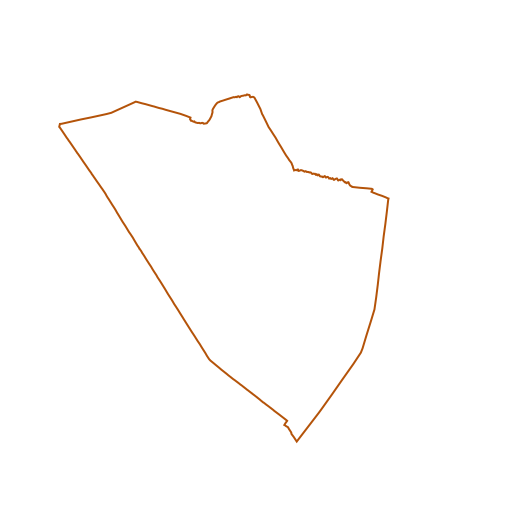 outline of Tinh Bien, An Giang, Vietnam, rotated 161°
{"feature_id": "81297802B35428568609668", "entity_name": "Tinh Bien", "entity_type": "district", "adm_level": 2, "iso_a3": "VNM", "parent_name": "Vietnam", "parent_adm1": "An Giang", "projection": "natural_earth1", "projection_center": [105.002, 10.557], "detail": "fine", "context": "isolated", "style": "outline", "palette": "amber", "viewbox_px": 512, "rotation_deg": 161, "n_neighbors": 0, "source": "geoboundaries", "source_scale": "gbopen_adm2", "svg_char_len": 5959}
<svg xmlns="http://www.w3.org/2000/svg" viewBox="0 0 512 512"><g transform="rotate(161 256 256)"><path d="M277.9,67.3L247.8,87.2L244.2,89.7L229.2,100.4L214.4,111.2L199.1,122.2L188.3,130.5L185.3,134.0L177.4,145.0L169.3,156.0L167.4,158.6L161.4,166.9L155.8,177.8L150.3,189.0L145.0,200.2L139.6,211.2L134.1,222.1L128.8,233.2L123.3,244.1L118.0,255.0L112.8,265.9L112.0,267.2L112.7,267.7L114.2,269.2L117.2,271.8L120.6,274.4L123.6,277.0L124.2,277.4L125.9,279.1L125.4,279.6L124.9,280.0L124.0,281.0L124.6,281.8L128.9,283.8L135.6,286.7L139.0,288.3L142.6,290.0L142.8,290.6L143.3,291.0L143.6,291.4L143.8,291.7L144.1,292.1L144.2,292.5L144.5,294.0L144.5,294.8L144.5,295.4L144.6,295.7L144.8,295.8L145.1,295.8L145.7,295.6L146.5,295.4L146.8,295.4L147.0,295.7L147.1,296.0L147.2,296.6L147.3,296.7L147.5,296.8L147.8,296.8L148.0,296.8L149.4,299.7L149.6,300.3L149.8,300.6L150.0,300.6L150.6,300.5L151.1,300.3L151.2,300.8L151.8,300.8L153.0,300.7L153.5,300.6L153.8,300.8L153.9,301.3L154.0,302.1L154.1,302.6L154.3,303.0L155.8,303.0L156.6,302.8L157.0,302.6L157.5,302.6L157.7,302.8L157.9,303.2L158.0,303.8L158.2,304.4L158.3,304.6L158.9,304.5L159.5,304.4L159.8,304.4L160.0,304.6L160.4,305.4L161.6,305.4L161.7,305.8L161.8,306.3L162.2,307.2L162.6,307.5L163.2,307.6L163.7,307.4L164.0,307.4L164.3,307.4L164.5,307.7L164.9,309.1L165.1,309.2L165.4,309.1L166.2,308.9L166.7,308.7L167.0,308.7L167.2,308.8L167.3,309.0L167.4,309.3L167.5,309.5L168.2,309.7L168.3,309.8L168.5,310.0L169.0,310.3L169.3,310.3L169.5,310.5L169.7,310.9L169.8,311.4L169.9,312.1L170.0,312.4L170.1,312.5L170.4,312.6L171.3,312.2L171.5,312.2L171.7,312.4L171.8,312.6L171.9,313.1L171.9,313.4L172.0,313.5L172.3,313.3L172.7,313.2L172.9,313.2L173.0,313.4L173.2,313.7L173.4,314.5L173.6,314.6L173.9,314.6L174.2,314.7L174.9,315.2L176.0,315.2L176.2,315.4L176.5,315.8L176.6,316.3L176.7,316.7L176.9,317.0L177.2,317.3L177.5,317.4L177.9,317.5L178.4,317.6L178.5,317.7L178.6,317.8L178.7,318.1L178.8,318.2L179.0,318.3L179.3,318.4L179.7,318.7L180.3,318.8L180.6,319.0L180.8,319.1L180.9,319.3L181.0,319.5L181.4,320.0L181.9,320.0L182.8,320.0L183.0,320.4L183.2,320.7L183.4,321.0L183.7,321.1L184.4,321.8L185.4,322.5L185.7,322.6L185.9,322.6L186.6,322.5L187.7,322.5L188.1,322.6L188.3,322.8L188.1,323.3L188.1,323.9L188.1,324.1L188.3,324.2L189.0,324.2L189.3,324.0L189.6,324.0L190.0,324.0L190.3,324.2L190.6,324.4L191.2,324.6L191.6,324.6L191.8,324.7L192.1,324.6L192.2,327.1L192.0,329.3L192.2,330.9L192.1,331.9L192.3,332.7L192.5,333.5L193.2,335.4L193.5,336.4L193.7,337.5L193.9,338.2L194.8,341.2L195.7,345.3L196.8,350.8L197.6,354.3L198.1,356.7L199.0,361.6L200.0,365.5L201.2,370.5L202.1,373.8L202.6,378.2L203.2,383.0L203.7,386.9L204.0,388.1L204.0,391.0L204.0,393.6L204.4,396.3L205.0,400.8L205.9,406.1L206.1,406.5L206.5,407.0L206.9,407.4L207.5,407.6L208.0,407.7L209.2,407.8L209.5,407.8L209.7,408.0L209.9,408.4L209.9,409.0L209.7,409.4L209.7,410.1L210.0,410.5L210.8,410.9L211.2,411.0L211.6,411.5L212.0,411.7L212.4,411.6L212.7,411.4L213.1,411.2L213.4,411.2L213.8,411.4L214.2,411.6L215.0,411.7L215.9,411.7L216.7,411.9L217.6,412.0L218.3,412.0L219.5,411.5L219.8,411.5L220.0,411.8L220.1,412.3L220.5,412.7L220.8,412.8L221.4,412.8L222.2,412.5L222.4,412.4L222.7,412.6L222.8,412.9L223.0,413.0L224.1,413.0L224.8,413.1L225.5,413.5L239.9,413.8L240.6,413.6L242.0,413.6L242.8,413.4L243.9,412.8L245.3,411.9L247.1,410.5L248.9,409.0L249.7,408.1L250.0,407.3L250.2,406.3L250.5,405.8L251.0,405.0L251.3,404.7L251.6,404.2L252.3,403.2L252.6,402.7L255.2,400.3L256.2,399.5L257.0,399.1L258.5,398.1L259.2,397.6L259.7,397.6L261.4,397.9L261.9,398.0L262.3,398.1L262.5,398.2L262.7,398.7L262.8,398.9L262.9,399.1L263.1,399.2L263.3,399.3L264.0,399.5L264.6,399.5L265.0,399.5L265.6,399.7L265.9,399.9L266.1,400.2L266.4,400.3L266.7,400.5L267.4,400.6L267.8,400.7L268.7,401.3L269.1,401.6L269.8,402.0L270.1,402.3L270.3,402.8L270.3,403.0L270.5,403.3L270.8,403.2L271.0,403.2L271.3,403.3L271.6,403.6L272.7,404.7L273.4,405.0L273.6,405.5L273.5,406.2L273.8,406.9L272.9,408.2L276.4,411.2L281.2,415.0L293.9,423.7L296.6,425.7L299.5,427.5L302.3,429.5L303.5,430.4L305.2,431.5L311.1,435.6L314.1,437.5L318.0,440.2L319.5,441.1L321.1,440.9L324.1,440.6L342.2,438.9L346.2,438.5L351.2,438.9L356.4,439.5L366.5,440.7L377.0,442.1L396.8,444.3L398.4,444.7L400.0,442.2L399.5,440.8L397.5,433.4L397.0,431.5L396.5,429.5L395.9,427.7L395.5,426.0L395.1,424.9L393.8,420.2L392.7,416.2L392.4,415.2L392.0,413.5L391.7,412.6L391.5,411.6L391.1,410.6L389.7,405.6L389.4,404.4L389.1,403.4L388.7,401.8L387.4,397.3L385.8,391.4L385.1,389.2L384.9,388.5L384.7,387.8L384.6,387.1L384.6,386.9L384.1,385.5L383.5,383.2L383.1,381.9L382.4,379.3L381.5,376.2L381.1,374.9L380.7,373.4L380.0,370.9L379.9,370.6L379.7,370.0L379.5,369.4L379.4,368.9L379.2,368.2L378.4,365.3L377.9,363.1L377.8,362.1L377.2,359.3L376.9,358.3L375.2,351.0L374.5,348.3L373.8,345.2L373.2,341.8L373.0,341.1L371.0,331.7L369.8,327.1L368.3,320.1L367.7,318.1L366.5,313.5L365.9,310.3L365.2,306.9L364.7,304.5L364.0,302.1L363.9,300.8L363.7,300.7L362.8,297.4L362.7,296.3L362.3,294.9L361.5,291.7L361.2,290.2L360.7,288.0L359.5,283.1L359.2,282.0L358.7,280.1L358.1,277.0L357.4,274.1L356.4,270.2L356.0,267.8L354.9,263.6L354.2,260.6L352.8,254.4L351.6,248.6L349.9,241.7L349.5,239.8L349.0,237.2L348.1,233.8L348.0,233.3L347.3,230.5L346.5,226.9L345.2,221.3L344.9,219.9L341.5,205.4L340.2,200.4L338.9,194.8L337.8,190.8L337.3,188.4L336.9,186.6L335.5,180.8L334.9,177.6L333.9,173.7L333.1,171.9L330.2,167.2L329.8,166.5L327.4,162.6L325.7,159.7L321.6,153.3L321.3,152.7L317.5,146.8L316.8,145.9L313.3,140.7L312.6,139.5L312.1,138.9L308.6,133.5L308.0,132.5L307.6,132.0L303.4,125.6L303.1,125.2L299.0,118.8L298.7,118.2L296.8,115.1L296.5,114.9L295.9,114.0L294.5,111.8L293.9,111.0L289.6,104.5L289.4,104.0L285.6,98.4L284.7,97.0L280.9,91.2L280.3,90.2L280.2,90.0L282.8,88.2L284.2,87.0L283.8,86.6L283.0,85.4L281.6,83.8L281.5,83.7L281.4,83.2L281.4,82.8L281.3,82.5L281.2,81.8L280.4,78.7L280.2,77.9L280.2,77.5L280.2,77.0L280.4,76.5L280.3,75.8L279.9,74.7L279.2,72.5L277.9,67.3Z" fill="none" stroke="#b45309" stroke-width="2"/></g></svg>